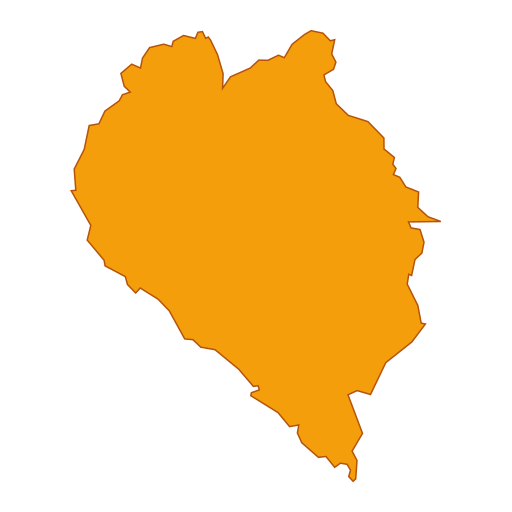 Sveti Nikole, Sveti Nikole, North Macedonia
{"feature_id": "65306769B91405117981087", "entity_name": "Sveti Nikole", "entity_type": "district", "adm_level": 2, "iso_a3": "MKD", "parent_name": "North Macedonia", "parent_adm1": "Sveti Nikole", "projection": "albers", "projection_center": [21.98, 41.877], "detail": "fine", "context": "isolated", "style": "filled", "palette": "amber", "viewbox_px": 512, "rotation_deg": 0, "n_neighbors": 0, "source": "geoboundaries", "source_scale": "gbopen_adm2", "svg_char_len": 1489}
<svg xmlns="http://www.w3.org/2000/svg" viewBox="0 0 512 512"><path d="M135.7,293.0L140.2,288.0L158.1,299.2L169.2,310.7L184.7,338.9L193.0,339.7L200.8,347.2L215.0,349.7L238.7,369.2L253.4,386.4L258.1,385.7L259.3,389.9L251.4,392.7L250.8,395.7L278.0,412.6L289.6,426.6L298.8,425.0L297.4,433.0L301.8,442.8L318.4,457.3L326.0,456.5L334.7,467.3L340.4,463.2L347.1,464.3L350.5,470.1L348.7,476.6L353.1,481.3L355.7,478.9L357.0,460.5L352.1,451.1L362.5,433.4L348.0,394.8L357.1,390.6L370.5,394.5L385.8,362.6L411.8,342.0L425.4,324.0L421.2,323.1L417.8,305.4L407.2,284.1L408.8,274.2L411.6,275.5L415.0,259.5L421.9,253.0L424.0,242.2L420.0,229.5L411.0,227.9L408.5,221.9L440.8,221.5L427.9,216.7L417.8,207.4L418.6,192.0L405.9,187.0L399.8,177.3L393.4,174.6L396.0,168.5L392.8,164.2L394.4,157.5L384.0,149.0L383.9,138.0L367.9,121.6L348.3,115.4L336.3,103.8L332.8,90.6L325.6,81.7L323.9,74.9L333.5,69.3L335.9,62.2L331.7,53.9L334.7,39.7L330.3,40.8L323.0,33.2L311.1,30.7L304.5,34.5L292.1,44.3L284.3,57.7L278.5,55.2L267.9,60.3L258.8,60.1L250.3,68.0L230.5,76.8L222.6,88.3L223.1,73.7L217.5,54.6L210.6,40.2L208.3,37.0L205.7,38.3L202.4,31.6L197.9,32.3L195.4,38.4L183.5,35.5L173.2,41.3L171.8,46.6L163.8,44.2L149.6,47.6L142.5,58.1L140.5,68.0L131.7,64.2L120.9,73.4L124.2,86.2L130.2,92.1L122.5,94.7L119.2,100.8L104.9,111.1L98.9,123.8L89.2,125.5L84.2,149.4L74.2,169.1L75.8,190.3L71.2,190.7L90.8,225.4L87.2,240.1L104.1,260.3L105.1,265.9L125.3,276.6L127.5,284.6L135.7,293.0Z" fill="#f59e0b" stroke="#b45309" stroke-width="1.5"/></svg>